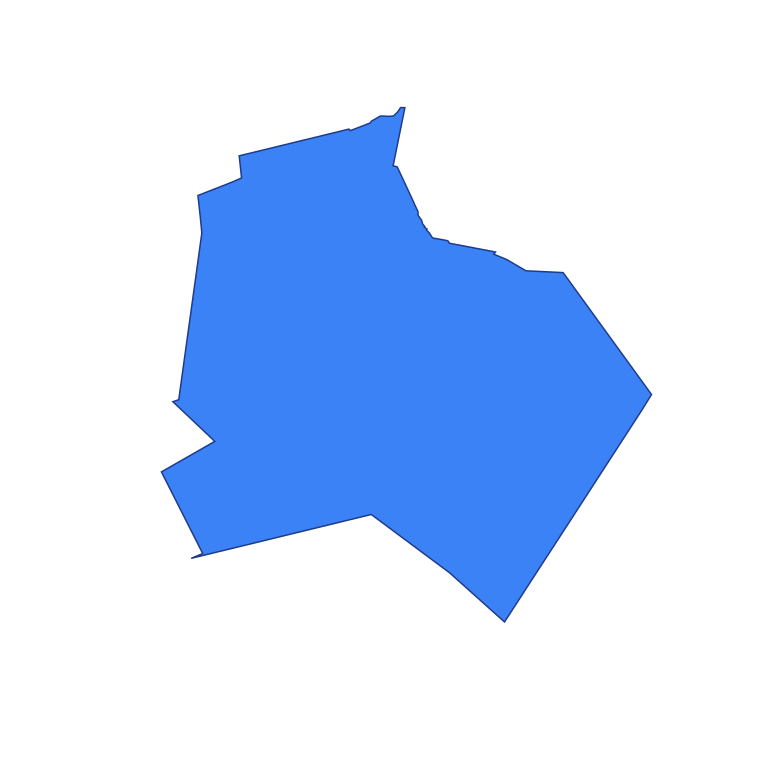 Sacramento, Coahuila, Mexico, rotated 338°
{"feature_id": "50627088B55806016099759", "entity_name": "Sacramento", "entity_type": "district", "adm_level": 2, "iso_a3": "MEX", "parent_name": "Mexico", "parent_adm1": "Coahuila", "projection": "orthographic", "projection_center": [-101.737, 26.936], "detail": "fine", "context": "isolated", "style": "filled", "palette": "blue", "viewbox_px": 768, "rotation_deg": 338, "n_neighbors": 0, "source": "geoboundaries", "source_scale": "gbopen_adm2", "svg_char_len": 1047}
<svg xmlns="http://www.w3.org/2000/svg" viewBox="0 0 768 768"><g transform="rotate(338 384 384)"><path d="M628.1,494.0L591.8,347.8L558.0,332.2L547.9,319.1L544.6,314.8L534.5,304.9L536.8,303.4L497.4,278.0L497.0,275.5L496.0,274.5L485.4,267.8L484.8,267.6L484.3,267.3L483.4,265.5L482.7,261.1L481.1,257.3L482.0,256.5L480.2,253.8L480.8,253.4L479.8,250.2L480.2,246.3L478.8,240.4L480.1,236.8L479.6,228.4L479.6,226.9L479.5,224.3L477.6,187.6L474.2,185.1L506.9,135.6L503.2,134.0L502.6,134.1L501.1,135.2L498.2,137.1L493.4,139.0L490.6,138.3L488.2,137.4L484.8,135.8L482.8,134.9L481.2,134.2L479.1,134.4L470.7,135.6L469.0,136.8L449.7,136.5L447.7,136.4L446.9,134.5L440.7,133.6L401.0,127.8L340.1,118.9L335.2,118.2L334.8,119.7L329.3,138.9L329.2,139.3L329.1,139.6L318.5,139.9L282.1,139.5L276.5,159.4L271.7,175.7L243.8,224.3L209.1,284.6L187.8,321.7L181.6,321.3L205.6,373.8L144.7,382.1L152.4,473.3L139.9,473.4L323.3,500.2L374.0,583.5L406.6,649.8L449.3,619.8L505.3,580.6L586.1,523.9L612.6,505.3L628.1,494.0Z" fill="#3b82f6" stroke="#1e3a8a" stroke-width="1.5"/></g></svg>